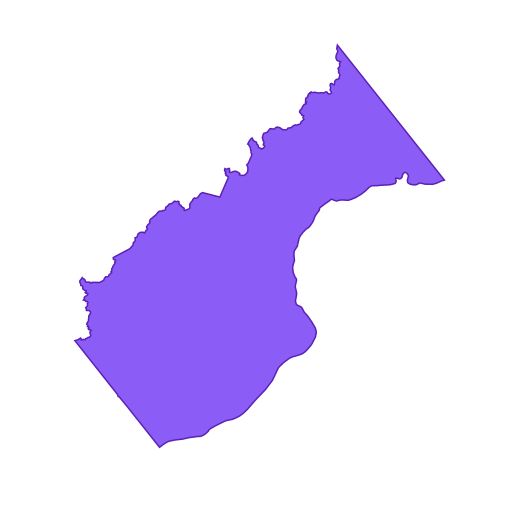 Cotriguaçu, Mato Grosso, Brazil (Natural Earth projection), rotated 52°
{"feature_id": "56859067B41206181741344", "entity_name": "Cotriguaçu", "entity_type": "district", "adm_level": 2, "iso_a3": "BRA", "parent_name": "Brazil", "parent_adm1": "Mato Grosso", "projection": "natural_earth1", "projection_center": [-58.781, -9.466], "detail": "fine", "context": "isolated", "style": "filled", "palette": "violet", "viewbox_px": 512, "rotation_deg": 52, "n_neighbors": 0, "source": "geoboundaries", "source_scale": "gbopen_adm2", "svg_char_len": 6097}
<svg xmlns="http://www.w3.org/2000/svg" viewBox="0 0 512 512"><g transform="rotate(52 256 256)"><path d="M139.9,62.0L142.3,64.7L145.1,65.5L147.1,69.1L149.0,71.0L151.4,71.7L152.4,71.5L155.1,69.7L155.8,71.9L157.4,72.6L158.1,73.4L158.7,75.9L160.6,76.4L161.3,77.3L162.1,77.9L164.6,78.2L165.4,79.0L166.0,80.0L167.3,81.1L167.1,82.4L166.5,83.7L166.4,84.9L166.6,85.8L167.2,86.8L169.3,88.9L168.6,89.6L166.5,90.2L166.1,91.2L166.7,92.2L167.6,92.8L168.7,93.1L169.6,93.9L171.0,95.5L172.9,95.6L174.1,96.3L173.9,97.5L173.5,98.5L172.7,99.3L171.2,99.0L170.4,99.2L169.7,99.8L169.2,102.3L167.6,103.8L166.1,106.3L164.7,107.6L163.1,108.8L162.9,109.8L161.7,111.1L160.7,111.5L160.5,113.0L161.3,113.2L160.8,113.9L160.7,115.0L161.6,116.4L162.4,117.2L162.3,118.5L162.5,119.9L165.5,122.5L165.9,121.6L166.9,122.8L166.7,124.0L166.2,124.7L167.0,127.5L167.9,129.0L168.2,130.0L168.2,131.0L168.9,132.7L169.6,133.1L170.8,133.1L172.2,132.8L173.1,133.2L174.8,132.1L175.7,133.7L178.0,134.2L177.9,135.6L178.2,138.3L178.8,138.9L179.2,139.8L178.9,140.9L178.2,142.2L177.9,143.6L176.9,144.3L176.5,145.6L176.2,147.7L176.7,148.9L174.9,152.1L175.3,153.6L175.1,154.7L174.4,155.7L173.6,156.2L173.1,157.1L169.2,158.3L168.4,159.4L167.5,159.7L167.0,161.4L167.1,163.2L166.7,164.1L164.8,165.8L164.3,166.8L165.4,171.1L164.1,174.4L164.5,175.3L165.5,176.5L166.2,177.7L166.9,178.3L168.0,178.5L168.7,179.1L169.5,179.0L170.2,179.6L171.0,179.5L172.0,180.3L172.4,181.4L173.1,181.9L174.2,181.3L175.1,181.7L175.4,183.5L175.4,185.5L174.2,185.8L172.6,187.0L171.8,187.1L170.6,186.3L169.6,186.2L168.6,186.5L166.6,185.6L165.6,186.0L164.9,186.7L164.2,186.6L163.2,187.1L162.5,186.7L160.6,186.4L160.5,187.6L161.2,190.4L162.7,193.6L163.7,193.3L167.4,193.8L168.6,194.7L170.0,195.2L172.0,196.5L173.2,196.7L174.2,197.6L178.2,205.1L178.5,207.2L181.3,207.9L184.0,210.2L184.7,211.3L185.3,214.0L185.1,215.4L184.7,216.4L183.5,217.8L181.9,219.1L180.9,218.0L178.5,218.8L176.6,219.8L175.4,221.9L174.8,224.3L173.9,225.2L173.0,224.8L172.3,223.9L171.3,223.6L170.7,223.1L170.0,223.8L169.6,225.9L168.0,226.6L168.6,227.6L169.5,228.2L170.3,228.3L171.2,227.9L172.0,229.4L173.1,229.4L174.0,230.1L175.8,229.2L177.0,229.3L187.3,248.2L173.1,259.1L172.7,261.3L173.9,265.7L173.8,267.2L173.4,268.1L172.3,268.8L172.5,270.9L173.1,271.7L174.1,275.7L174.9,276.9L175.7,277.1L177.4,278.6L177.6,279.8L176.2,284.3L175.2,284.4L174.4,283.3L173.3,283.3L172.5,283.9L171.8,283.9L171.1,284.4L170.0,283.8L168.2,284.9L167.6,284.3L165.6,283.3L164.7,283.8L164.4,285.0L163.9,285.7L163.1,285.9L162.6,286.6L162.6,287.7L162.9,289.5L161.6,292.5L162.2,295.0L162.0,296.9L162.7,298.0L163.6,298.6L163.8,299.5L163.4,300.6L162.7,301.5L162.7,302.5L161.5,304.0L161.1,305.0L161.2,306.5L161.9,309.1L162.1,316.7L163.2,318.6L164.2,318.9L164.7,319.8L164.8,321.9L165.6,324.3L166.7,324.8L167.8,324.7L168.3,325.9L168.3,327.6L169.3,329.3L168.9,330.0L168.0,330.1L166.2,332.4L165.9,334.9L166.4,336.1L167.4,337.4L167.7,338.6L167.2,340.2L169.3,341.4L169.8,342.6L170.1,344.8L171.2,345.6L171.7,346.5L172.6,351.0L169.5,368.2L169.5,369.7L170.6,370.3L171.7,370.0L172.7,369.2L173.4,369.7L173.5,370.6L174.1,371.3L175.0,371.6L175.9,374.9L176.7,375.9L177.3,377.6L179.0,378.9L179.2,380.1L180.3,380.1L180.4,381.4L180.3,382.6L180.4,383.7L181.1,384.5L181.2,385.5L179.8,387.4L180.5,389.7L181.2,390.4L181.3,391.4L181.2,392.6L180.8,393.6L180.8,394.6L180.0,396.7L179.1,397.0L178.8,398.0L178.0,398.5L177.6,399.4L176.3,400.6L175.9,401.3L176.2,402.1L175.9,402.9L174.6,402.9L174.1,403.6L173.2,404.2L172.4,405.7L171.2,406.2L169.9,405.6L168.8,405.5L167.7,405.9L167.0,406.4L166.0,406.3L166.5,407.6L167.2,410.3L168.1,410.9L170.5,411.6L171.4,412.2L172.2,411.6L173.2,411.3L174.3,411.9L175.1,412.7L177.8,412.2L178.8,411.2L179.6,411.9L179.8,413.2L180.8,412.8L181.5,412.1L182.4,411.8L183.0,412.7L182.7,415.8L183.0,417.0L184.1,417.7L184.5,419.1L185.3,418.3L186.1,418.0L186.9,418.2L187.8,417.0L189.3,417.0L189.6,418.2L191.2,419.1L191.6,419.9L191.9,422.1L193.1,422.1L194.5,423.2L196.3,421.0L198.2,420.8L198.8,421.1L199.1,422.1L200.0,423.0L199.9,424.0L200.4,424.7L204.1,428.2L204.8,430.4L205.5,431.4L206.7,431.1L207.6,431.4L207.8,432.3L209.4,431.5L209.8,432.1L210.0,433.0L210.9,433.1L211.8,432.3L213.1,431.7L213.2,432.9L213.9,433.3L214.2,434.2L216.5,434.9L217.3,435.7L217.4,437.6L216.8,438.3L216.9,439.1L216.3,441.0L216.8,442.3L215.6,443.1L215.1,443.9L215.1,444.8L214.2,445.4L213.6,444.8L212.7,444.7L212.3,448.0L211.2,450.8L279.3,450.4L280.4,450.5L281.9,451.2L282.5,450.5L294.7,450.2L347.4,449.8L347.4,445.1L347.7,442.1L347.9,440.3L348.5,438.4L351.0,433.3L355.3,426.2L358.0,420.4L362.8,412.3L363.5,411.6L364.0,410.7L364.3,409.8L364.8,407.5L365.0,405.8L364.7,401.5L364.1,400.2L364.0,399.3L364.1,397.1L364.9,392.1L366.5,384.2L367.4,380.8L370.1,375.3L370.6,373.8L371.6,369.7L372.0,367.2L372.1,363.2L371.6,357.6L369.2,345.4L367.1,330.9L364.1,319.6L357.9,307.2L357.6,305.8L357.0,300.3L357.1,292.7L357.9,289.5L359.9,284.5L361.2,280.9L361.6,279.1L361.7,276.6L361.4,273.7L360.3,268.2L359.6,265.9L356.5,259.2L354.0,256.2L353.1,255.4L351.4,254.4L348.8,253.5L342.6,252.7L335.3,252.2L330.1,252.6L325.9,251.8L324.5,251.7L323.4,252.0L320.4,253.6L319.0,254.0L315.8,252.7L311.5,247.9L309.9,246.6L304.4,244.0L303.4,243.0L300.1,239.0L298.9,238.3L296.2,238.1L291.8,236.8L287.6,234.2L285.4,231.6L283.3,228.5L279.0,225.8L276.1,223.4L275.3,221.9L273.8,217.6L268.5,211.0L267.4,208.7L266.3,204.6L265.6,199.4L265.9,197.6L265.8,195.8L264.8,192.3L263.6,189.2L260.9,184.8L260.0,182.0L258.9,177.9L257.7,176.8L257.3,175.7L257.4,168.9L257.7,164.3L257.6,162.5L257.8,161.4L260.5,159.9L262.3,158.6L263.5,155.7L264.7,153.8L268.4,149.6L269.1,148.6L270.1,145.7L271.3,141.3L272.1,134.6L272.1,130.2L271.5,124.0L272.0,121.4L275.6,116.6L276.0,115.7L282.4,106.5L284.2,102.5L284.4,101.5L283.8,100.0L283.2,99.4L281.4,98.5L280.7,97.9L281.3,97.1L283.4,95.7L284.0,94.5L284.0,92.9L282.1,90.1L281.6,88.9L281.7,87.6L282.5,86.5L283.7,86.1L286.1,86.3L287.0,86.9L289.4,90.0L291.0,91.0L292.0,91.2L294.2,90.4L296.2,88.8L298.3,86.3L298.7,85.1L299.1,82.8L299.5,81.9L300.1,81.2L303.3,78.7L305.5,76.1L306.3,74.9L308.1,73.0L309.7,69.2L311.1,63.4L312.2,60.8L139.9,62.0Z" fill="#8b5cf6" stroke="#5b21b6" stroke-width="1.5"/></g></svg>